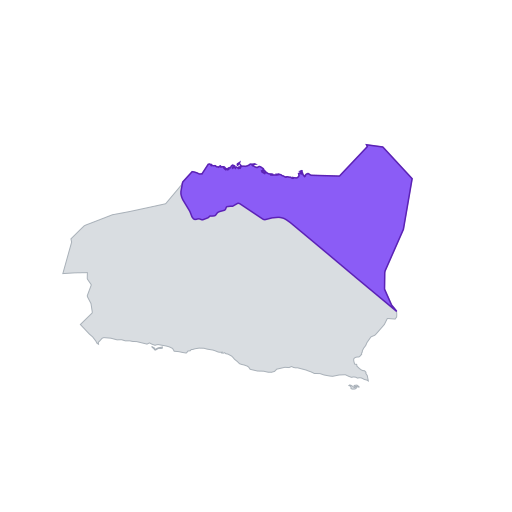 Ash Sharqiyah highlighted on a map of Saudi Arabia, rotated 304°
{"feature_id": "SAU-1098", "entity_name": "Ash Sharqiyah", "entity_type": "Region", "adm_level": 1, "iso_a3": "SAU", "parent_name": "Saudi Arabia", "parent_adm1": "", "projection": "equal_earth", "projection_center": [49.771, 23.094], "detail": "fine", "context": "in_parent", "style": "filled", "palette": "violet", "viewbox_px": 512, "rotation_deg": 304, "n_neighbors": 0, "source": "natural_earth", "source_scale": "10m", "svg_char_len": 9428}
<svg xmlns="http://www.w3.org/2000/svg" viewBox="0 0 512 512"><g transform="rotate(304 256 256)"><path d="M360.4,363.3L316.6,371.2L314.2,372.0L300.5,381.0L291.1,396.1L288.9,403.2L287.7,404.3L285.8,405.7L284.1,406.7L281.5,406.6L278.4,401.1L277.6,399.9L276.9,399.9L271.0,400.7L258.7,399.2L256.7,398.8L254.0,397.0L253.3,396.6L252.6,396.5L246.3,396.4L243.1,397.0L240.1,396.8L237.0,397.1L235.8,397.8L234.6,397.8L233.8,398.4L233.2,398.7L232.4,398.2L231.4,398.3L229.9,397.8L229.0,396.6L228.1,395.6L227.2,395.0L226.2,394.6L225.3,394.6L224.2,395.3L223.5,395.9L221.7,398.0L221.6,398.7L222.4,399.9L222.1,400.5L221.1,401.2L220.8,403.2L220.6,404.3L220.4,406.8L220.8,408.9L221.4,409.6L221.5,410.5L221.1,412.2L220.1,412.7L219.4,414.4L219.0,415.2L218.2,416.0L215.2,419.0L215.1,417.3L214.2,414.7L214.1,413.0L213.7,411.2L212.9,409.8L211.5,408.4L211.3,406.5L210.3,404.5L208.8,403.0L208.1,400.1L207.5,396.4L203.8,391.4L199.1,386.8L197.7,384.2L195.4,378.9L194.3,374.8L191.2,370.0L191.0,368.2L190.6,365.9L189.9,363.4L189.5,361.4L186.5,352.8L185.5,351.5L184.6,349.5L184.4,348.0L184.2,347.2L182.0,345.8L179.9,342.2L173.8,336.5L170.7,335.9L168.3,333.9L166.5,331.2L164.7,326.6L161.5,321.6L158.8,314.5L159.8,312.0L159.8,310.2L159.0,307.1L158.1,304.8L157.5,302.6L158.1,299.4L158.4,295.8L159.0,293.9L159.4,291.9L159.0,287.7L158.1,285.5L158.3,284.0L157.2,283.3L156.4,281.7L157.3,281.7L155.7,279.4L155.2,278.2L154.6,275.2L153.9,272.8L151.5,267.6L150.4,264.4L147.8,260.3L144.9,257.2L143.1,255.8L142.3,254.6L140.7,254.5L139.1,252.7L138.0,252.7L136.5,252.4L134.9,248.9L133.6,245.6L131.3,241.4L131.9,240.3L132.7,238.5L132.4,236.2L132.1,234.6L131.1,231.7L127.9,224.5L127.0,223.4L125.5,222.2L124.7,219.1L124.4,216.3L122.0,214.9L118.3,204.9L116.1,201.4L115.2,199.0L112.6,195.1L111.4,191.3L108.8,187.7L106.7,181.6L103.2,175.4L101.7,174.4L97.9,173.9L96.3,173.5L94.8,174.8L94.7,173.1L95.9,170.8L97.6,165.8L98.1,161.5L101.0,148.7L117.0,152.0L117.8,151.8L124.3,145.8L128.0,139.0L128.8,138.3L139.7,135.7L140.1,135.4L142.5,129.3L142.8,128.9L143.1,128.6L147.9,125.5L140.8,115.3L133.4,105.7L163.8,95.6L164.4,95.4L166.7,93.0L179.8,95.6L184.9,96.7L186.5,97.6L209.9,113.9L221.4,125.6L248.6,151.7L249.0,151.9L273.9,154.5L276.5,153.9L283.4,154.9L290.2,156.0L291.5,159.1L292.0,161.3L292.4,163.4L293.8,165.3L299.5,165.2L305.5,165.1L306.3,167.0L306.7,168.9L308.3,173.4L310.5,177.0L311.0,178.3L311.4,180.2L311.0,180.9L310.8,181.8L312.5,183.7L315.3,185.3L316.3,185.8L317.6,186.5L316.6,187.6L318.2,190.2L320.1,192.9L322.1,193.5L324.9,197.5L329.0,200.1L331.5,203.5L331.3,203.5L330.5,203.2L329.6,202.7L329.3,203.1L329.4,204.6L329.6,206.3L330.9,207.7L332.1,208.8L332.5,210.7L331.6,215.0L331.3,215.0L330.7,214.6L330.1,214.6L329.7,214.8L330.5,217.9L331.2,220.2L332.2,222.1L332.9,224.9L333.6,226.0L336.2,228.9L337.1,231.4L337.8,235.9L339.5,238.5L340.4,240.4L341.7,242.1L342.5,244.3L343.6,246.1L344.2,246.5L345.1,246.7L346.1,246.7L347.5,246.3L348.8,245.8L349.9,246.7L351.1,246.6L351.2,247.4L350.4,248.5L349.5,251.4L350.8,251.8L352.1,252.0L353.0,252.5L353.5,252.5L353.5,253.1L353.6,255.8L353.9,256.8L369.0,280.6L408.7,287.1L409.0,287.1L410.0,285.4L417.3,300.1L407.4,342.2L360.4,363.3ZM202.5,411.6L203.7,411.8L203.2,411.1L203.1,410.8L203.6,409.8L205.4,411.8L205.3,414.2L205.1,414.7L204.6,414.2L204.3,413.7L204.3,413.2L203.8,412.6L202.1,413.0L201.0,412.3L199.5,410.3L199.2,408.9L199.8,408.6L200.5,407.9L200.9,406.7L200.5,405.5L201.4,405.7L201.9,406.9L202.0,409.7L202.1,410.3L201.8,410.9L202.5,411.6ZM127.4,229.8L127.0,229.8L125.9,228.4L125.3,227.4L124.7,226.7L121.8,225.3L121.5,224.4L121.9,223.5L122.2,224.4L122.7,224.9L125.1,226.2L127.8,228.9L128.2,229.1L127.4,229.8ZM122.9,223.0L122.8,223.3L122.1,222.6L122.2,221.0L122.8,220.1L122.7,221.3L122.9,222.5L122.9,223.0Z" fill="#d9dde1" stroke="#a8b0b8" stroke-width="1"/><path d="M341.7,242.9L342.9,245.2L343.6,246.2L344.4,246.6L345.3,246.8L346.2,246.8L347.0,246.5L348.0,245.4L348.1,245.6L348.9,245.5L349.3,245.9L349.4,246.1L349.4,246.3L349.2,246.4L349.2,246.6L349.3,246.9L349.3,247.6L349.7,247.6L349.9,247.4L350.3,246.5L350.7,246.0L350.8,245.8L350.8,245.3L351.0,245.5L351.6,245.6L351.7,246.1L352.2,246.1L352.4,246.3L352.4,246.5L351.6,246.9L351.5,247.2L351.4,247.2L351.0,247.7L350.8,248.3L349.9,249.1L349.5,250.0L349.4,251.2L349.1,251.3L349.0,252.0L350.1,252.2L350.4,252.1L350.9,251.7L351.1,251.7L352.1,252.0L352.4,252.2L352.9,252.8L353.5,253.1L353.6,253.9L353.6,255.8L353.7,256.3L353.9,256.8L368.7,280.2L369.0,280.5L369.4,280.6L408.7,287.1L409.0,287.1L410.0,285.4L417.0,299.6L417.2,300.0L417.2,300.5L407.4,342.2L360.5,363.3L315.6,371.4L314.1,372.1L300.7,380.9L300.3,381.2L291.2,395.7L291.0,396.4L289.1,402.8L288.7,403.6L293.9,352.0L298.3,310.6L302.9,265.6L303.0,260.9L302.8,258.4L302.4,256.9L301.7,255.1L301.1,253.8L300.5,252.8L296.6,248.0L291.2,243.2L290.9,242.8L290.6,242.1L290.4,241.1L290.3,213.5L290.1,212.5L289.8,211.7L289.3,211.3L284.4,208.9L284.1,208.7L283.8,208.3L283.4,207.5L280.9,204.6L280.6,204.3L280.3,204.2L279.9,204.1L277.6,204.6L276.9,204.5L276.2,204.2L272.4,200.9L271.4,200.3L270.8,200.0L270.1,199.8L267.6,199.7L266.9,199.6L266.6,199.4L265.9,198.9L264.5,197.2L263.6,195.8L263.3,195.5L262.9,195.3L261.5,195.1L260.8,194.8L256.5,191.8L256.1,191.4L255.8,190.9L255.6,190.3L255.2,188.6L255.0,188.1L254.7,187.6L254.1,186.9L252.7,185.7L252.1,184.7L251.9,184.3L251.9,183.9L251.9,183.2L252.1,182.6L252.5,181.4L252.8,180.8L255.4,177.1L256.2,175.8L261.7,163.9L262.7,162.3L263.9,160.7L265.4,159.1L267.5,157.7L274.8,154.5L275.0,154.3L276.6,153.9L290.2,155.9L291.1,157.8L291.9,160.5L292.1,162.1L292.4,163.3L292.6,163.8L293.6,164.7L293.7,165.3L305.3,165.1L305.7,165.6L306.3,166.0L306.5,167.0L306.5,167.7L306.3,168.1L306.0,168.0L305.9,168.3L306.2,168.3L306.4,168.2L306.6,168.0L306.7,167.7L306.9,167.8L306.9,168.0L306.7,168.4L306.6,168.9L306.7,169.6L306.9,170.1L308.1,171.7L308.2,172.0L308.0,172.3L307.9,172.7L307.9,173.1L308.0,173.6L308.7,174.9L308.6,175.2L309.4,175.6L310.1,175.6L310.8,176.0L310.7,176.4L310.4,176.4L310.1,176.5L310.0,176.9L310.5,177.6L310.8,177.9L311.1,178.0L311.5,178.7L312.1,179.5L312.0,180.1L312.0,180.6L312.0,180.8L311.7,181.5L311.6,181.3L311.6,180.8L311.6,180.5L311.8,180.1L311.7,179.8L311.5,180.1L311.2,180.9L311.0,181.1L311.3,180.0L311.2,179.6L311.0,179.9L310.7,181.3L310.6,181.7L310.6,181.9L310.6,182.0L310.8,182.0L310.8,181.9L310.9,181.5L311.1,181.4L311.1,182.3L311.1,182.5L311.3,182.5L311.4,182.3L311.5,182.1L311.6,182.3L311.6,182.9L311.8,183.0L311.9,182.9L312.1,182.5L312.1,182.9L312.0,183.1L312.1,183.3L311.8,183.5L312.0,184.0L311.6,183.8L311.4,184.0L311.7,184.2L312.0,184.2L312.3,183.6L312.5,183.9L312.3,184.1L312.3,184.5L312.4,184.9L312.6,184.9L312.7,184.7L312.5,184.3L312.6,184.1L312.8,184.0L313.5,183.9L313.7,184.0L314.2,184.6L314.8,184.9L314.9,185.2L314.6,185.4L314.8,185.6L315.0,185.5L315.1,185.4L315.0,185.2L315.6,185.4L316.1,185.4L316.7,185.2L317.6,185.4L317.8,185.7L318.2,186.3L318.5,186.5L318.7,187.4L318.4,187.3L318.4,187.1L318.4,186.8L318.0,187.3L317.1,187.2L316.8,187.5L316.7,187.5L316.6,187.2L316.3,187.2L315.8,187.5L316.4,187.8L316.7,188.2L316.9,188.2L317.1,188.5L317.4,188.1L317.6,187.8L318.0,188.1L317.8,188.4L317.4,188.8L317.3,189.8L317.7,189.6L318.0,189.3L318.2,189.2L318.7,189.5L318.6,189.9L318.8,191.1L318.8,192.0L318.8,192.4L319.1,192.3L319.1,192.7L319.2,192.8L319.4,192.8L319.5,192.6L319.4,192.3L319.6,192.1L319.8,192.1L320.0,192.3L320.1,192.2L320.2,192.4L320.0,193.2L319.9,193.3L319.5,193.3L319.6,193.5L320.0,193.6L320.1,193.8L320.3,193.7L320.6,193.1L320.7,193.3L320.5,193.6L321.0,193.6L321.7,193.8L321.9,193.8L321.5,193.3L321.4,193.0L321.6,192.7L321.8,192.7L322.1,193.0L322.4,192.9L322.7,192.6L322.5,193.4L322.5,193.7L322.6,194.4L323.0,194.7L323.3,195.1L324.2,196.7L324.6,197.4L325.2,197.8L325.7,198.3L326.7,198.9L327.3,199.4L328.3,199.5L328.8,199.8L329.2,200.3L330.0,201.6L330.3,202.1L331.4,203.1L331.6,203.4L331.7,204.0L331.0,203.2L330.6,202.9L329.6,202.7L329.4,202.5L329.3,201.7L329.2,201.9L329.0,202.2L329.0,202.5L329.0,203.0L329.0,203.3L329.3,203.8L329.3,205.4L329.7,206.9L329.9,207.3L330.1,207.6L330.4,207.8L331.7,208.3L332.2,208.8L332.4,209.5L332.5,210.4L332.5,212.7L332.5,213.2L332.3,213.6L332.0,213.8L332.0,213.5L331.9,213.4L331.7,213.4L331.6,213.7L331.7,214.2L331.7,215.0L331.4,216.3L331.2,216.1L331.1,215.8L331.1,215.2L330.6,214.5L330.4,214.4L330.3,213.8L330.2,213.5L329.9,213.1L329.7,213.0L329.1,214.0L328.9,214.2L328.9,214.5L329.2,214.9L329.4,215.5L329.1,215.7L329.1,215.8L329.2,216.7L329.1,217.0L329.3,217.2L329.6,217.0L329.7,216.7L329.6,216.3L330.0,216.8L330.3,217.2L330.8,217.3L330.9,217.6L331.0,217.9L331.2,218.3L331.2,218.5L330.9,218.8L331.1,219.8L331.4,220.9L331.7,221.6L332.6,222.9L333.0,223.7L333.2,224.7L332.8,223.7L332.7,223.5L332.1,223.2L331.9,222.8L331.7,222.6L331.4,223.0L331.5,223.3L331.9,223.6L332.0,223.8L332.1,223.5L332.3,223.5L332.8,225.0L334.6,227.8L335.0,228.2L334.8,227.3L335.1,227.1L335.2,227.6L335.4,227.8L335.6,228.1L336.4,228.5L336.5,228.7L336.8,229.6L336.7,229.7L336.9,230.1L337.3,231.2L337.3,231.7L337.2,232.6L337.3,232.9L337.7,234.1L337.7,234.4L337.7,235.3L337.8,236.1L337.9,236.6L338.1,236.8L338.2,236.4L338.6,236.8L339.2,237.8L339.5,238.1L339.8,239.5L340.2,239.8L340.5,240.2L340.6,240.9L340.6,242.2L341.0,243.2L341.2,243.4L341.4,243.3L341.7,242.9ZM322.2,189.1L322.9,189.5L324.5,190.1L324.2,190.2L323.5,189.9L323.2,190.0L322.6,190.5L322.4,190.3L322.1,190.2L322.4,190.0L322.4,189.8L322.2,189.6L321.4,189.7L321.2,190.0L320.9,190.6L320.9,190.1L321.1,189.6L321.6,189.2L322.0,189.1L322.2,189.1Z" fill="#8b5cf6" stroke="#5b21b6" stroke-width="1.5"/></g></svg>